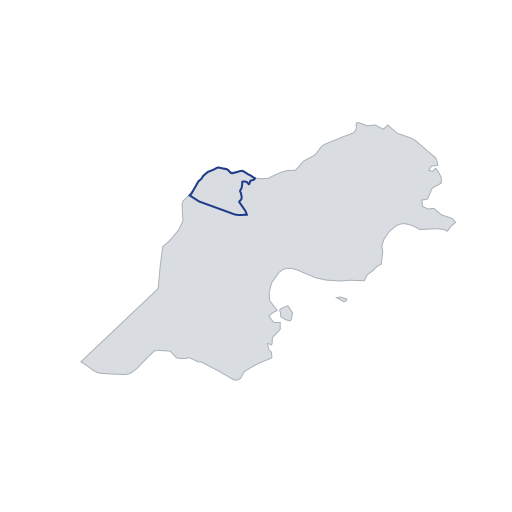 location of Tozeur within Tunisia, rotated 59°
{"feature_id": "TUN-101", "entity_name": "Tozeur", "entity_type": "Governorate", "adm_level": 1, "iso_a3": "TUN", "parent_name": "Tunisia", "parent_adm1": "", "projection": "mercator", "projection_center": [7.997, 33.974], "detail": "fine", "context": "in_parent", "style": "outline", "palette": "blue", "viewbox_px": 512, "rotation_deg": 59, "n_neighbors": 0, "source": "natural_earth", "source_scale": "10m", "svg_char_len": 3338}
<svg xmlns="http://www.w3.org/2000/svg" viewBox="0 0 512 512"><g transform="rotate(59 256 256)"><path d="M351.4,294.8L351.3,296.3L349.6,307.1L349.2,311.0L349.0,317.6L349.0,325.5L352.8,332.1L352.9,335.1L351.4,338.4L344.4,342.3L335.3,347.3L327.5,352.1L319.0,357.3L316.4,360.6L312.1,363.2L308.6,365.8L308.0,368.2L305.5,372.9L302.2,376.7L294.1,378.4L292.6,379.5L288.9,385.1L287.1,387.3L285.0,391.9L287.8,403.8L291.1,416.0L291.8,421.1L291.7,425.4L289.8,429.9L285.5,436.4L282.4,441.2L276.3,449.8L274.5,451.9L270.3,454.4L262.2,457.7L256.5,460.6L253.6,447.5L251.1,436.4L249.1,427.1L245.5,410.8L242.4,397.0L239.4,383.1L236.6,370.5L233.8,357.7L232.6,355.9L224.3,349.8L216.6,344.3L208.6,338.0L199.9,331.1L198.5,322.4L194.0,309.3L189.3,302.0L187.6,300.1L178.1,295.3L172.6,291.9L171.1,289.8L170.1,284.5L166.2,273.8L161.7,264.1L160.1,257.5L159.9,249.2L160.7,243.2L162.7,240.7L172.0,233.2L176.2,224.2L181.6,220.8L186.1,218.2L189.9,215.3L193.2,210.5L195.7,205.4L196.1,199.9L197.2,191.1L198.9,185.0L202.8,178.0L201.2,172.4L199.1,166.3L199.7,155.8L199.2,151.6L197.5,147.8L195.8,142.9L195.7,138.9L197.4,128.2L198.6,120.1L200.6,109.4L199.9,106.5L198.4,104.2L193.9,101.9L193.9,100.5L195.0,98.9L201.6,93.7L205.2,86.1L208.2,84.5L212.7,81.7L212.5,78.7L211.5,75.6L223.3,71.9L234.6,62.5L238.5,60.1L264.6,51.4L268.0,52.0L271.8,53.3L270.7,56.5L269.2,59.1L271.4,63.7L274.6,60.9L273.7,59.0L273.6,56.6L278.9,56.4L283.7,56.7L288.9,59.5L288.5,69.8L295.5,79.8L293.5,84.9L299.2,87.8L304.3,84.3L306.8,79.0L316.1,76.0L325.0,68.3L329.9,67.5L331.0,73.8L333.3,79.3L330.0,81.3L325.7,87.1L317.6,102.0L310.2,106.4L304.6,112.1L302.8,116.2L302.3,120.9L303.7,129.3L307.7,137.9L312.4,143.1L316.9,144.7L327.5,152.8L327.3,157.6L328.8,163.4L329.3,170.3L333.0,175.9L325.2,187.9L320.9,196.6L312.5,208.6L305.1,216.4L289.1,227.9L285.2,231.7L282.6,235.7L281.4,239.8L281.9,244.6L287.1,256.5L294.1,263.5L301.2,267.3L313.6,265.8L313.2,270.3L314.0,275.8L319.1,275.5L322.4,274.7L325.3,269.4L331.3,273.0L334.5,284.1L339.6,287.5L340.2,288.8L338.4,289.7L337.0,290.9L338.5,291.8L343.4,293.2L346.4,292.3L351.4,294.8ZM325.3,263.9L324.0,264.1L321.7,265.7L320.5,265.9L317.0,264.1L315.7,264.1L314.0,262.9L314.6,256.2L315.1,254.3L323.6,254.0L328.1,258.0L328.9,259.1L329.1,260.2L326.9,262.5L325.3,263.9ZM340.6,204.2L333.2,208.4L334.6,204.8L339.5,200.4L340.7,201.4L340.6,204.2Z" fill="#d9dde1" stroke="#a8b0b8" stroke-width="1"/><path d="M170.0,281.7L169.3,279.2L165.7,272.8L162.6,267.5L162.2,266.0L161.7,263.0L160.3,260.4L160.0,259.4L159.4,256.2L159.1,254.0L160.1,248.2L160.3,244.0L160.9,242.4L162.0,241.3L163.9,239.3L165.1,237.8L166.4,236.4L168.2,235.5L171.3,235.0L172.2,234.5L172.8,233.8L173.2,232.8L175.0,226.0L175.9,223.9L177.8,222.6L181.9,220.7L183.9,219.3L188.5,217.2L188.9,216.9L189.1,217.1L189.4,218.2L189.5,218.7L188.7,221.7L188.7,222.2L188.8,222.5L190.5,224.2L190.6,224.4L190.9,224.9L190.8,225.1L190.7,225.3L188.2,225.7L188.0,225.8L187.7,225.9L187.5,226.0L185.8,228.1L185.6,228.5L185.3,229.2L185.3,229.5L188.9,232.0L189.8,232.9L190.2,233.3L191.0,234.4L191.5,235.4L191.9,236.0L192.1,236.2L192.4,236.3L192.6,236.4L194.3,236.5L197.9,237.8L198.2,238.0L199.0,238.6L199.7,239.2L199.9,239.5L200.0,239.8L200.2,240.6L200.6,242.0L200.8,242.4L201.1,242.6L211.5,241.9L213.3,242.1L215.9,242.6L212.1,249.6L209.5,252.8L180.1,276.6L170.8,281.2L170.0,281.7Z" fill="none" stroke="#1e3a8a" stroke-width="2"/></g></svg>